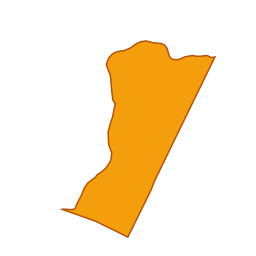 the district of Hancock, West Virginia, United States of America, rotated 26°
{"feature_id": "52423323B20661288428578", "entity_name": "Hancock", "entity_type": "district", "adm_level": 2, "iso_a3": "USA", "parent_name": "United States of America", "parent_adm1": "West Virginia", "projection": "equal_earth", "projection_center": [-80.596, 40.517], "detail": "fine", "context": "isolated", "style": "filled", "palette": "amber", "viewbox_px": 256, "rotation_deg": 26, "n_neighbors": 0, "source": "geoboundaries", "source_scale": "gbopen_adm2", "svg_char_len": 957}
<svg xmlns="http://www.w3.org/2000/svg" viewBox="0 0 256 256"><g transform="rotate(26 128 128)"><path d="M80.1,73.1L80.2,76.8L80.8,80.5L83.5,83.4L88.2,87.6L90.0,89.8L97.0,101.6L102.3,109.7L104.0,110.4L105.9,112.1L109.3,124.9L110.1,131.8L111.9,140.4L117.6,150.9L121.8,155.3L123.9,156.7L126.3,162.8L126.7,166.0L125.9,172.7L124.5,176.9L120.6,184.1L120.3,186.7L116.3,194.2L115.6,196.6L115.1,201.2L115.6,210.2L115.3,219.4L115.9,222.5L115.6,223.6L113.7,225.9L105.5,229.2L104.5,230.0L140.1,226.0L175.7,226.1L175.9,173.5L175.1,164.1L175.1,161.0L175.0,127.1L175.0,92.2L175.0,66.7L175.0,44.8L175.0,26.0L173.1,27.5L170.8,28.3L167.9,28.2L166.3,28.7L161.9,31.6L157.9,33.6L154.5,34.4L148.4,38.7L143.9,43.8L141.3,45.5L138.2,46.6L136.2,46.5L133.8,45.5L128.5,39.7L127.2,38.7L124.2,37.3L120.9,37.5L113.2,40.3L106.1,41.8L101.5,45.0L98.3,49.0L94.8,55.4L90.5,60.3L89.0,61.4L88.2,61.4L83.5,65.5L81.4,68.7L80.1,73.1Z" fill="#f59e0b" stroke="#b45309" stroke-width="1.5"/></g></svg>